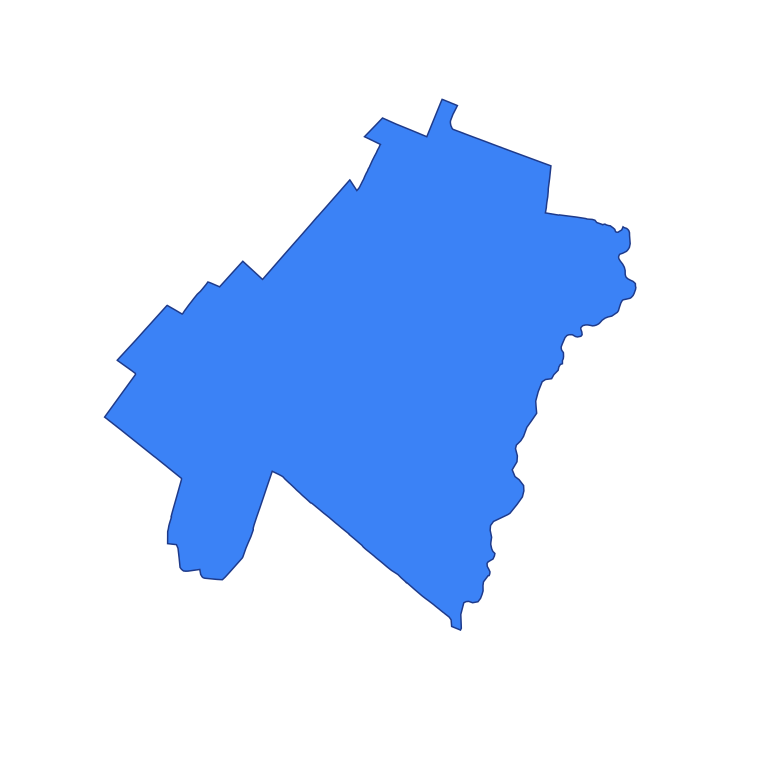 Comisani, Dâmbovita, Romania, rotated 74°
{"feature_id": "2599482B43489877129749", "entity_name": "Comisani", "entity_type": "district", "adm_level": 2, "iso_a3": "ROU", "parent_name": "Romania", "parent_adm1": "Dâmbovita", "projection": "orthographic", "projection_center": [25.562, 44.869], "detail": "fine", "context": "isolated", "style": "filled", "palette": "blue", "viewbox_px": 768, "rotation_deg": 74, "n_neighbors": 0, "source": "geoboundaries", "source_scale": "gbopen_adm2", "svg_char_len": 6050}
<svg xmlns="http://www.w3.org/2000/svg" viewBox="0 0 768 768"><g transform="rotate(74 384 384)"><path d="M466.2,632.6L474.7,635.1L477.8,636.0L481.2,627.8L485.2,627.3L494.8,628.9L504.1,630.6L506.3,629.8L508.4,628.3L509.2,626.4L509.8,624.2L511.5,612.2L516.6,612.7L519.2,612.0L520.4,611.2L521.3,609.8L525.7,598.7L527.6,593.3L525.8,589.8L522.6,584.6L512.2,568.2L511.3,567.3L503.8,562.0L499.3,558.4L494.0,554.0L488.2,549.9L486.6,549.5L483.6,547.7L476.4,542.8L468.9,537.5L460.5,531.7L451.2,525.3L437.1,515.5L441.9,510.1L444.2,507.7L445.5,506.6L446.0,506.4L446.8,506.0L447.4,505.7L448.1,505.4L449.7,504.4L451.1,503.6L451.7,503.2L452.6,502.7L453.6,502.0L459.7,498.4L461.2,497.6L462.7,496.7L464.6,495.5L465.2,495.1L465.9,494.7L466.6,494.3L467.5,493.8L469.0,492.9L470.7,491.8L472.7,490.5L477.7,487.5L478.1,487.2L478.4,486.7L478.8,486.2L485.2,481.8L492.3,477.0L492.4,476.8L493.1,476.4L493.6,476.0L494.2,475.6L495.0,475.0L497.0,473.6L497.5,473.2L497.9,473.0L498.4,472.7L498.7,472.5L501.2,470.8L501.9,470.4L502.2,470.1L502.4,470.0L502.8,469.8L505.6,467.9L506.1,467.5L510.9,464.3L512.0,463.5L512.6,463.1L518.7,458.8L519.0,459.0L519.7,458.5L523.5,455.9L532.9,449.7L534.9,448.9L535.4,448.6L537.5,447.3L546.5,441.0L548.6,439.7L553.7,436.1L557.1,433.8L557.6,433.5L560.6,431.5L565.1,428.3L571.0,423.1L574.5,421.2L574.9,421.0L579.5,418.1L580.8,417.5L581.3,417.2L581.1,416.9L584.5,414.7L589.5,411.5L596.8,406.7L597.7,406.1L598.7,405.4L601.7,403.2L604.1,401.3L609.6,397.2L612.0,395.6L619.8,390.1L623.5,387.4L626.0,385.6L629.2,384.5L635.7,385.8L641.6,378.3L640.1,377.0L626.7,373.7L616.3,367.6L615.8,365.1L616.3,362.5L618.7,359.1L619.2,353.7L616.7,350.3L613.4,347.8L610.2,345.8L605.0,344.4L601.6,342.9L599.5,340.1L597.0,336.8L597.1,335.7L595.7,334.7L593.8,333.9L591.0,334.3L587.8,335.0L584.8,334.4L583.7,333.0L582.9,330.1L582.3,327.5L581.4,326.7L579.8,325.3L577.5,324.1L574.9,325.5L572.1,325.9L567.5,325.6L565.4,324.8L561.0,322.8L554.5,322.3L553.9,322.3L549.4,320.6L546.3,316.6L543.7,301.1L543.0,298.6L536.3,289.1L530.7,282.1L525.3,279.0L520.1,277.8L513.2,280.5L509.1,283.6L501.8,284.4L495.4,277.6L489.9,275.6L482.4,275.4L479.2,273.6L476.2,268.1L472.8,264.3L465.0,258.6L459.9,252.2L454.2,245.3L447.9,244.1L442.3,242.9L433.8,237.8L425.4,231.3L424.2,227.5L425.1,221.4L421.8,218.1L418.8,212.8L415.8,211.2L413.8,209.1L413.7,206.9L410.6,206.0L409.1,204.7L407.0,203.8L403.4,202.9L402.0,203.3L400.5,203.9L398.4,203.8L397.1,203.4L394.8,201.7L389.3,197.2L387.8,194.8L387.6,192.7L388.5,189.4L391.1,186.9L392.1,185.1L392.4,181.6L391.3,180.0L388.6,179.5L385.3,179.7L384.0,179.2L382.7,176.9L382.8,173.9L383.3,172.0L384.4,169.7L385.6,167.5L385.9,165.6L385.9,163.7L385.4,161.2L384.7,159.7L382.8,156.7L381.6,153.2L381.3,150.2L381.5,146.3L379.4,140.0L378.2,138.5L374.6,136.2L371.3,133.9L369.3,131.8L369.0,130.7L369.2,127.8L369.4,123.9L369.0,122.5L367.6,120.2L366.0,118.7L362.4,116.1L360.6,115.3L359.3,115.3L356.8,114.7L355.6,115.3L353.9,116.4L352.4,118.2L350.2,120.5L348.3,121.7L347.1,122.0L345.0,121.9L341.3,120.9L338.0,120.8L334.7,121.5L330.6,123.1L328.2,123.7L326.5,123.5L324.9,122.4L324.2,121.4L324.1,118.5L323.3,114.3L322.1,112.4L320.4,110.5L317.0,108.7L308.8,107.0L306.2,106.3L304.1,106.4L302.8,106.9L301.3,107.9L299.9,110.0L298.8,110.9L299.7,111.6L301.4,113.0L302.3,116.3L302.6,116.8L302.4,118.3L301.5,119.3L300.9,119.5L299.5,119.5L299.0,119.5L297.9,120.2L296.8,120.9L295.7,121.8L295.2,122.2L294.6,122.6L294.2,123.0L293.7,124.3L292.8,125.7L292.4,126.4L291.4,127.3L291.2,127.7L291.1,128.3L291.1,129.0L291.2,129.6L291.2,129.8L291.0,130.1L290.9,130.3L290.7,130.3L287.4,135.0L284.7,136.1L283.2,138.4L281.5,143.1L281.1,143.7L280.6,144.4L279.8,146.1L276.5,153.2L273.5,160.2L269.8,168.8L269.8,169.4L269.8,169.5L264.0,181.7L259.1,179.3L258.0,178.9L257.4,178.7L254.5,177.5L253.2,176.9L252.5,176.6L249.4,175.1L246.8,174.1L243.4,172.8L242.8,172.7L241.2,172.1L232.2,168.2L220.3,163.4L215.2,170.4L193.2,200.4L166.8,236.0L158.2,247.5L157.0,248.1L156.0,248.2L153.9,248.5L152.0,248.3L150.4,248.0L149.0,247.3L143.8,243.4L140.1,239.9L136.6,236.7L127.0,248.8L126.4,249.7L129.1,251.9L158.1,274.7L147.7,287.7L137.4,300.8L127.9,312.1L133.2,321.2L140.9,334.6L152.7,321.4L153.0,321.8L155.2,323.6L156.9,325.3L157.2,325.6L158.0,326.3L159.5,327.5L159.8,327.8L160.3,328.3L160.5,328.5L161.2,329.1L161.8,329.8L162.1,330.1L162.5,330.4L163.2,331.1L163.9,331.7L164.6,332.4L165.3,333.0L165.6,333.3L166.7,334.3L167.0,334.5L167.9,335.3L168.4,335.7L169.0,336.2L169.7,336.8L170.1,337.2L171.3,338.1L171.7,338.5L172.6,339.5L173.4,340.2L173.9,340.6L174.2,340.8L175.0,341.4L175.2,341.7L175.7,342.1L176.0,342.5L177.1,343.5L177.8,344.1L178.6,344.8L179.4,345.5L180.3,346.2L180.7,346.5L181.1,346.8L181.9,347.5L182.6,348.2L183.3,348.9L184.0,349.5L184.7,350.2L185.3,350.7L185.8,351.1L186.0,351.4L186.8,352.1L187.2,352.4L187.7,352.9L187.9,353.1L188.1,353.3L188.4,353.7L188.7,354.0L188.8,354.1L190.5,356.6L190.6,356.8L178.6,360.5L178.4,360.6L178.7,361.1L184.3,369.8L190.3,379.1L190.4,379.3L198.0,391.1L204.8,401.8L204.9,402.1L210.8,411.1L215.7,418.7L216.1,419.3L216.4,419.7L216.8,420.4L216.9,420.5L217.6,421.6L217.9,422.1L218.1,422.4L221.5,427.7L221.6,427.9L226.8,436.0L232.7,445.2L232.9,445.5L250.0,471.9L249.7,472.1L227.4,485.7L227.1,485.9L228.5,488.2L235.3,499.2L239.6,506.1L245.0,514.8L245.3,515.2L239.8,521.9L238.1,524.1L237.4,525.2L237.9,525.8L239.1,527.3L240.4,529.2L242.7,532.5L244.3,534.9L245.2,536.7L245.8,537.9L246.2,538.7L249.3,543.1L252.2,547.0L254.5,550.2L256.7,553.0L258.6,555.5L260.9,558.1L261.0,558.3L261.1,558.6L261.0,558.9L258.5,561.3L255.1,564.5L251.3,568.2L248.7,570.7L248.8,571.1L250.7,574.2L255.7,582.2L259.1,587.7L261.7,591.8L263.2,594.2L266.2,599.1L271.0,606.7L274.9,613.0L278.9,619.6L286.0,631.3L286.4,631.9L287.6,633.9L288.1,633.6L301.2,623.2L305.3,620.1L306.4,620.3L322.5,640.9L338.8,661.7L339.2,661.4L353.4,651.1L360.7,645.9L390.7,624.6L390.9,624.4L391.0,624.3L418.9,604.7L420.0,605.0L434.1,613.7L445.2,620.6L449.6,623.3L453.0,625.3L453.3,625.0L454.9,626.0L457.3,627.6L459.0,628.7L461.2,630.0L463.5,631.1L464.3,631.5L465.3,632.1L466.2,632.6Z" fill="#3b82f6" stroke="#1e3a8a" stroke-width="1.5"/></g></svg>